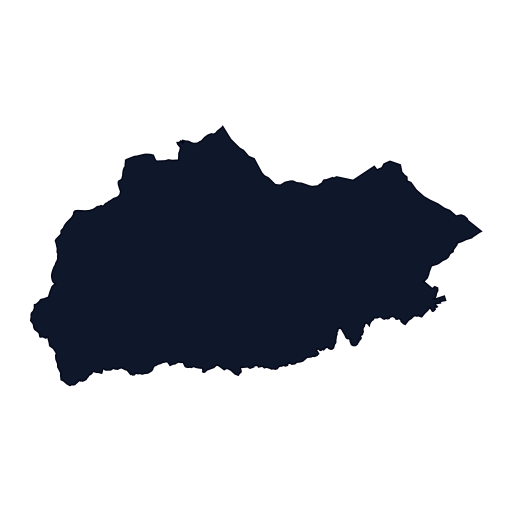 Piatra Soimului, Neamt, Romania (Mercator projection)
{"feature_id": "2599482B93411472256847", "entity_name": "Piatra Soimului", "entity_type": "district", "adm_level": 2, "iso_a3": "ROU", "parent_name": "Romania", "parent_adm1": "Neamt", "projection": "mercator", "projection_center": [26.345, 46.823], "detail": "fine", "context": "isolated", "style": "filled", "palette": "ink", "viewbox_px": 512, "rotation_deg": 0, "n_neighbors": 0, "source": "geoboundaries", "source_scale": "gbopen_adm2", "svg_char_len": 6028}
<svg xmlns="http://www.w3.org/2000/svg" viewBox="0 0 512 512"><path d="M437.6,288.0L434.8,286.7L434.0,287.3L434.2,287.8L432.0,288.5L424.0,281.7L423.6,281.6L427.2,277.9L428.8,273.7L428.9,272.4L431.4,265.8L437.1,264.1L439.0,263.1L442.5,260.5L446.2,258.8L448.2,257.1L450.0,253.5L453.1,251.7L453.3,249.9L453.8,249.0L456.9,244.7L457.2,243.0L462.0,241.4L465.9,239.5L471.8,237.7L472.5,236.9L479.2,232.4L481.3,231.3L467.6,220.4L467.3,219.0L464.3,216.2L461.1,215.0L456.0,216.1L449.7,210.5L444.4,208.4L437.9,204.0L430.0,200.3L423.9,196.8L416.2,190.0L410.9,182.6L407.0,180.9L406.9,177.1L404.3,175.1L401.7,172.0L400.3,164.9L390.0,161.3L384.0,164.0L382.0,167.8L376.8,169.9L374.3,166.4L353.2,180.4L336.5,176.9L333.4,178.4L332.7,177.6L326.6,179.8L323.9,180.1L321.8,183.4L319.4,184.6L318.4,185.9L312.2,186.6L309.7,186.1L301.6,183.3L296.6,182.8L293.0,181.1L290.2,181.2L285.0,182.4L280.8,185.1L278.3,185.1L275.1,184.6L268.3,177.9L264.4,175.9L261.8,173.1L254.1,158.7L248.6,156.5L243.5,150.5L239.4,148.1L230.6,139.3L222.7,126.5L221.9,127.6L217.5,131.1L216.0,133.0L213.8,134.3L211.3,133.9L208.0,135.1L204.6,137.6L201.4,141.2L200.0,141.6L198.5,142.7L196.6,143.4L193.6,143.5L190.7,142.6L189.3,141.7L187.4,141.2L185.7,141.2L182.7,140.4L182.3,141.0L183.1,142.7L182.5,142.8L181.3,141.8L180.8,141.0L179.3,142.5L177.2,142.6L177.8,144.2L180.6,147.6L179.7,151.5L179.0,152.9L178.7,159.8L178.3,160.2L172.0,160.5L168.5,159.9L165.1,160.9L156.7,161.2L156.1,160.9L155.1,159.6L153.3,155.3L150.9,154.6L146.3,154.3L144.2,154.5L136.7,156.3L134.5,156.5L126.7,159.5L125.6,160.2L125.6,161.7L125.3,163.6L125.3,166.5L124.1,168.1L123.4,170.3L123.0,173.0L122.8,176.0L122.4,177.0L122.2,178.5L121.0,179.9L118.8,181.1L118.3,182.1L118.4,184.1L119.7,188.7L120.7,191.3L120.1,194.4L118.4,196.6L116.7,197.6L113.6,198.6L110.1,201.1L109.0,201.4L107.5,202.8L105.7,203.5L103.2,206.4L101.0,205.6L99.7,206.4L97.3,206.6L95.0,208.4L92.8,209.6L89.0,210.7L85.0,211.0L77.6,210.6L75.1,210.9L74.3,211.6L73.8,212.7L73.6,214.5L71.7,217.7L66.6,222.8L64.6,225.6L63.4,228.3L61.3,230.5L61.1,231.0L61.2,233.0L61.0,234.3L56.1,239.4L55.4,240.8L56.4,243.7L56.7,245.6L57.4,248.4L57.2,252.0L58.1,254.3L57.7,256.0L57.8,258.8L57.1,260.9L56.0,262.8L55.2,265.3L54.1,267.1L53.2,269.4L52.1,272.9L51.7,275.4L51.8,277.2L52.4,280.2L53.2,281.9L55.6,284.2L53.6,285.1L52.1,286.7L50.3,291.3L48.5,297.2L44.0,298.9L41.1,299.5L40.3,300.1L39.4,301.5L36.2,304.4L34.5,304.7L34.4,308.5L33.3,311.3L31.6,313.0L31.4,313.7L31.1,315.2L31.4,316.1L30.7,320.6L33.1,323.6L33.5,324.7L33.9,327.5L34.7,329.4L37.6,331.5L39.4,333.4L39.7,335.9L40.2,337.0L42.7,336.7L45.9,338.1L46.8,336.8L47.8,337.1L49.3,342.7L49.7,345.7L53.5,348.5L56.4,353.1L56.3,354.2L55.7,355.3L56.0,359.4L57.7,363.6L57.8,367.0L60.3,371.8L60.8,373.2L60.7,376.1L61.0,377.3L61.1,379.7L63.5,380.8L66.8,383.7L69.9,385.5L71.5,384.7L73.9,384.8L74.9,384.4L79.8,379.9L80.2,379.9L80.4,380.9L81.6,380.8L82.7,381.1L86.0,379.5L86.6,378.4L88.3,376.3L88.7,375.3L91.0,374.1L92.1,372.9L92.1,372.0L92.8,371.6L94.2,371.6L96.6,372.3L98.4,372.3L101.6,373.2L101.9,372.7L102.7,369.1L103.3,368.7L104.2,369.0L105.5,370.0L110.8,369.9L112.9,368.4L113.8,368.3L114.9,368.9L117.7,369.2L119.8,368.1L121.7,367.8L125.3,369.6L127.2,370.1L130.6,374.3L131.0,374.0L131.6,374.1L132.4,374.9L134.3,374.8L135.4,373.4L136.1,373.3L138.4,373.7L139.1,373.4L140.3,373.5L142.5,374.1L143.8,373.5L147.9,373.0L151.0,371.2L152.3,369.9L152.8,368.9L152.7,368.4L153.0,367.8L154.5,365.7L155.4,365.6L158.0,364.1L160.7,363.4L162.0,362.6L166.4,361.6L167.9,362.1L170.1,365.4L172.8,364.1L175.2,363.8L176.5,362.8L178.7,361.9L180.6,362.4L183.1,362.2L185.3,366.6L187.3,367.3L190.1,367.1L191.5,367.4L193.2,366.5L194.0,366.6L196.8,367.5L200.5,368.1L202.0,367.9L202.7,369.0L203.0,369.9L202.7,371.7L203.7,372.3L205.1,371.8L206.6,370.1L213.9,367.4L216.5,365.0L218.1,365.4L219.7,366.3L224.2,369.7L226.2,368.5L227.7,368.5L231.0,370.2L235.1,374.0L238.3,375.2L239.2,373.7L241.1,371.9L240.8,369.9L240.3,368.7L240.6,367.5L247.7,366.8L249.7,368.1L250.3,368.1L253.7,366.9L254.0,366.0L254.6,365.6L257.4,365.4L257.9,365.7L258.5,367.0L262.1,366.2L262.7,366.3L264.2,367.7L264.7,367.8L265.8,367.2L268.4,367.6L271.7,369.0L273.4,368.6L275.2,369.2L277.1,368.7L278.5,366.9L280.0,366.0L281.1,366.2L284.3,365.1L285.0,365.9L285.5,366.0L286.1,365.3L286.5,365.6L287.4,365.4L287.7,364.9L287.4,364.0L287.8,363.5L290.1,363.1L291.9,364.2L294.8,363.8L296.9,362.1L299.9,361.9L302.8,361.0L307.0,357.3L311.1,356.9L312.7,356.1L314.4,356.4L317.0,355.4L318.6,353.6L317.5,351.8L316.3,350.7L316.3,350.4L316.6,350.2L317.2,349.1L318.7,348.8L319.5,350.0L320.9,350.4L322.4,349.4L323.0,349.3L323.7,349.8L325.6,347.7L327.1,347.2L327.9,347.3L328.9,348.5L330.7,349.2L332.0,349.1L333.5,347.9L334.4,344.4L335.7,342.6L335.7,340.1L336.2,336.8L336.1,335.9L336.6,335.3L337.0,334.1L336.8,332.1L337.8,330.9L337.6,329.4L339.8,328.0L341.5,328.9L345.1,335.2L346.1,337.5L347.3,338.6L349.3,338.7L350.0,339.1L350.2,341.3L351.5,344.6L353.0,345.5L354.9,345.6L355.7,345.4L357.5,343.9L357.6,343.0L358.9,341.5L358.4,340.5L360.2,339.7L361.1,338.2L361.1,337.8L360.4,337.1L360.6,335.8L360.9,335.2L361.9,334.8L362.5,334.1L362.6,332.6L363.2,332.0L363.0,330.2L362.7,329.6L362.8,328.8L363.5,327.2L364.2,326.3L364.9,323.6L366.5,322.9L367.6,323.5L369.3,325.6L369.6,323.9L370.2,322.7L371.7,320.5L372.9,319.9L374.3,317.7L377.2,317.8L379.4,316.9L380.6,316.9L383.5,318.9L384.4,319.1L385.2,318.6L386.8,318.4L387.7,318.8L389.0,318.4L390.1,317.1L392.6,316.3L394.9,317.3L395.9,319.0L397.3,319.2L398.3,318.6L400.0,319.0L400.9,319.8L401.1,321.3L402.0,322.3L402.8,322.6L403.1,323.4L405.2,324.4L408.3,320.4L408.8,320.1L408.9,319.7L411.1,318.6L413.5,316.2L413.8,316.2L414.6,315.5L417.0,316.1L418.2,315.3L418.7,315.9L421.7,316.8L424.7,313.1L427.2,310.8L430.0,307.4L432.4,311.2L433.3,311.2L435.3,309.2L434.7,308.2L435.0,307.7L435.0,306.5L435.4,306.4L436.8,307.2L437.3,306.6L435.9,305.4L435.3,304.4L435.4,303.7L440.5,302.9L440.1,301.4L445.6,300.4L444.3,296.1L435.5,299.0L433.6,298.9L435.1,297.6L435.9,296.0L436.5,292.9L437.5,291.2L437.8,289.7L437.5,288.8L437.6,288.0Z" fill="#0f172a" stroke="#020617" stroke-width="1.5"/></svg>